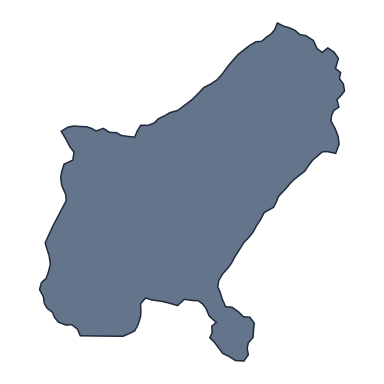 the district of Varre-Sai, Rio de Janeiro, Brazil
{"feature_id": "56859067B95050923998362", "entity_name": "Varre-Sai", "entity_type": "district", "adm_level": 2, "iso_a3": "BRA", "parent_name": "Brazil", "parent_adm1": "Rio de Janeiro", "projection": "albers", "projection_center": [-41.823, -20.893], "detail": "fine", "context": "isolated", "style": "filled", "palette": "slate", "viewbox_px": 384, "rotation_deg": 0, "n_neighbors": 0, "source": "geoboundaries", "source_scale": "gbopen_adm2", "svg_char_len": 2050}
<svg xmlns="http://www.w3.org/2000/svg" viewBox="0 0 384 384"><path d="M277.4,23.0L274.7,29.6L271.3,33.8L266.5,37.1L261.5,41.4L256.0,41.7L249.7,45.4L244.2,49.6L238.5,54.1L234.1,58.9L228.3,65.7L222.8,73.3L217.4,79.5L210.8,84.0L204.0,87.4L198.2,93.5L192.3,99.4L184.9,105.0L177.8,110.4L169.9,112.6L164.1,116.0L158.3,118.8L154.3,122.9L148.3,125.3L140.7,125.3L137.4,130.7L134.6,137.2L127.9,136.4L121.5,135.5L116.6,132.7L109.5,132.3L103.4,128.4L95.9,131.0L91.7,128.4L86.5,126.7L79.9,126.5L73.8,126.0L68.0,127.1L61.2,131.3L63.8,135.6L66.7,140.6L69.9,146.8L74.0,152.2L72.8,160.1L64.1,164.1L61.7,171.7L60.7,177.6L61.7,185.3L65.6,194.3L66.2,200.7L63.6,205.6L52.8,226.2L45.2,242.7L46.7,248.3L49.1,255.5L50.3,264.4L48.5,271.7L46.1,278.4L41.5,282.5L39.5,289.5L43.4,296.8L44.3,303.3L47.0,308.2L52.5,312.3L54.6,317.5L58.4,322.2L66.0,325.1L71.8,324.6L77.6,329.3L80.3,335.8L123.0,336.3L128.5,333.9L134.6,331.0L137.9,325.1L140.6,316.6L140.9,310.1L140.6,303.8L145.6,298.0L152.0,300.0L161.7,301.3L169.1,303.1L177.5,305.6L184.4,299.3L192.1,300.5L198.2,300.7L203.1,304.4L206.1,308.7L209.2,316.0L216.2,322.5L211.8,326.2L212.1,332.7L209.8,337.8L214.7,342.6L218.7,348.0L222.7,353.4L228.3,356.1L235.6,360.6L244.0,361.0L248.3,354.8L247.2,348.5L248.2,343.1L253.1,337.2L253.6,329.4L254.3,323.3L249.9,317.2L243.5,316.8L238.5,311.8L231.9,307.2L225.6,306.7L222.2,298.8L219.9,291.5L217.7,286.9L218.9,280.2L222.6,274.0L227.5,268.5L231.4,263.4L234.9,256.7L240.3,248.2L243.8,242.5L247.8,238.6L253.0,232.2L256.5,225.7L260.5,219.7L264.2,212.6L269.1,209.8L273.6,207.3L276.2,202.1L278.6,196.3L283.4,191.2L287.1,187.2L290.3,183.3L294.0,179.6L299.0,175.6L304.8,171.1L308.4,165.7L312.7,160.1L318.3,155.3L322.5,151.8L327.5,151.6L335.7,153.4L339.1,144.0L338.1,136.4L335.2,128.7L331.0,121.1L331.5,115.7L333.8,110.5L338.9,107.1L337.0,99.7L341.3,95.2L344.5,91.0L343.4,84.0L339.4,78.5L340.7,72.6L335.5,68.5L338.4,58.4L334.1,52.2L327.8,47.9L322.2,52.4L317.0,48.6L313.5,40.6L305.6,35.5L300.0,34.7L295.1,30.4L289.2,27.7L283.7,26.2L277.4,23.0Z" fill="#64748b" stroke="#1e293b" stroke-width="1.5"/></svg>